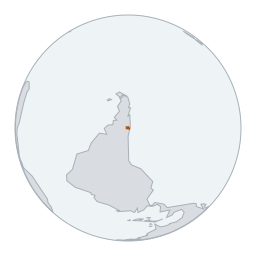 the Earth from above Ñuble, rotated 173°
{"feature_id": "CHL-20010", "entity_name": "Ñuble", "entity_type": "Region", "adm_level": 1, "iso_a3": "CHL", "parent_name": "Chile", "parent_adm1": "", "projection": "orthographic", "projection_center": [-71.968, -36.605], "detail": "medium", "context": "on_globe", "style": "filled", "palette": "amber", "viewbox_px": 256, "rotation_deg": 173, "n_neighbors": 0, "source": "natural_earth", "source_scale": "10m", "svg_char_len": 3655}
<svg xmlns="http://www.w3.org/2000/svg" viewBox="0 0 256 256"><g transform="rotate(173 128 128)"><circle cx="128" cy="128" r="113" fill="#eef3f6" stroke="#a8b0b8"/><path d="M116.4,16.0L118.2,15.8L120.1,15.6L119.8,15.7L129.0,15.4L138.2,15.8L147.3,17.0L142.9,16.5L135.0,15.7L129.2,16.1L136.9,16.0L138.2,16.6L140.0,16.9L142.2,17.1L143.2,17.0L144.5,17.4L137.4,17.3L136.1,17.0L138.4,16.9L134.7,16.7L129.9,17.2L130.9,17.8L122.6,18.8L123.2,19.3L121.8,19.9L121.3,19.0L122.0,20.9L112.4,24.3L113.1,29.4L108.1,25.9L103.8,26.1L98.5,27.2L98.5,28.0L91.5,29.0L85.1,32.5L82.5,37.6L84.8,40.7L92.5,38.8L95.0,36.1L100.7,34.5L96.4,41.5L106.4,40.7L105.3,46.1L108.2,48.6L113.3,47.3L118.5,48.3L122.3,44.8L128.4,42.9L128.5,47.4L131.9,43.3L135.3,45.5L147.4,46.2L146.5,47.1L156.7,54.0L167.6,58.7L170.2,63.0L168.9,65.1L172.6,66.7L172.7,68.3L187.6,75.6L195.1,83.0L194.7,89.0L188.2,93.7L181.9,108.4L170.1,110.5L166.7,117.2L157.0,126.4L149.9,124.3L151.6,130.5L147.4,133.4L142.7,133.1L141.6,137.3L138.1,137.1L140.3,140.2L134.4,145.7L135.8,150.8L131.5,155.5L132.6,158.7L131.0,158.5L129.3,159.6L129.1,161.4L124.4,158.5L123.3,151.6L125.1,148.2L123.0,147.7L126.9,139.3L124.6,141.0L125.5,129.1L128.9,119.8L131.3,95.4L129.0,90.9L120.3,86.0L109.9,71.8L112.7,65.7L110.4,63.3L117.9,55.2L115.9,48.8L113.3,48.2L110.7,50.8L101.7,48.1L98.7,44.2L72.1,45.3L69.5,44.5L69.8,41.7L62.9,38.5L65.0,43.4L61.9,43.6L59.9,42.5L61.6,41.1L60.9,39.1L58.4,40.1L59.7,38.4L66.9,33.4L74.5,28.9L82.4,25.0L90.6,21.7L99.1,19.1L107.7,17.2L116.4,16.0ZM112.4,31.4L123.9,33.7L117.3,34.4L118.6,33.8L115.7,32.7L110.3,32.1L104.5,33.6L112.4,31.4ZM117.7,27.8L115.7,27.7L117.7,27.6L117.7,27.8ZM132.2,164.8L124.8,159.5L129.0,161.8L132.0,159.2L135.8,163.3L132.2,164.8ZM141.0,158.3L144.4,157.3L145.2,158.3L143.0,159.3L141.0,158.3ZM228.2,179.4L226.1,183.3L226.2,182.4L224.0,185.6L222.3,186.7L220.6,186.0L221.2,179.1L223.9,175.7L228.2,166.2L235.2,146.8L237.8,141.8L239.0,135.9L239.2,119.0L239.3,113.5L238.7,109.4L237.8,107.2L236.8,102.3L236.0,100.5L228.9,91.8L225.1,84.1L216.5,67.1L216.6,64.0L213.6,58.5L212.9,54.0L217.9,60.1L222.4,66.5L226.5,73.3L230.1,80.3L233.1,87.6L235.7,95.1L237.8,102.7L239.3,110.4L240.2,118.3L240.6,126.2L240.5,134.0L239.8,141.9L238.5,149.7L236.7,157.4L234.4,164.9L231.6,172.3L228.2,179.4ZM216.1,57.9L217.1,59.3L216.1,57.9ZM147.8,46.2L149.2,47.2L147.3,47.0L147.8,46.2ZM116.4,36.0L118.8,36.0L120.1,36.5L118.2,36.8L116.4,36.0ZM137.1,35.8L139.9,36.3L136.9,36.5L137.1,35.8ZM125.7,34.1L134.8,35.6L129.1,36.6L123.4,35.8L127.3,35.4L125.7,34.1ZM116.5,29.7L118.0,29.8L117.6,30.5L116.5,29.7ZM119.2,27.7L118.6,27.8L117.8,27.4L119.2,27.7ZM138.6,16.6L139.2,16.6L141.4,16.9L140.4,16.9L138.6,16.6ZM151.3,18.0L153.0,18.6L151.1,18.1L150.0,18.0L144.4,17.0L147.4,17.0L147.0,17.1L151.3,18.0ZM137.8,16.0L141.0,16.4L137.4,15.9L137.8,16.0ZM175.0,230.3L172.6,231.3L174.1,230.6L175.0,230.3ZM51.5,209.5L51.1,208.4L54.4,211.1L58.4,214.5L61.4,217.5L51.5,209.5ZM48.7,206.8L45.8,204.0L43.8,202.6L45.2,203.3L44.0,201.0L50.5,207.6L48.7,206.8Z" fill="#d9dde1" stroke="#a8b0b8" stroke-width="1"/><path d="M129.5,127.8L129.4,127.8L129.4,128.0L129.3,128.3L129.2,128.4L129.2,128.5L129.3,128.5L129.2,128.7L129.2,128.8L129.3,128.8L129.4,129.0L129.1,129.0L129.0,128.9L128.9,128.9L128.7,128.9L128.7,129.0L128.4,129.0L128.2,129.1L127.9,129.1L127.7,129.2L127.6,128.9L127.5,128.7L127.4,128.7L127.2,128.6L126.9,128.6L127.0,128.6L127.0,128.4L127.0,128.2L126.9,128.1L126.7,128.0L126.7,127.9L126.7,127.7L126.6,127.4L126.6,127.2L126.7,126.9L126.8,126.8L127.0,126.9L127.2,127.0L127.3,127.1L127.5,127.2L127.8,127.1L128.2,127.3L128.4,127.4L128.9,127.6L129.1,127.6L129.3,127.6L129.5,127.7L129.5,127.8Z" fill="#f59e0b" stroke="#b45309" stroke-width="1.5"/></g></svg>